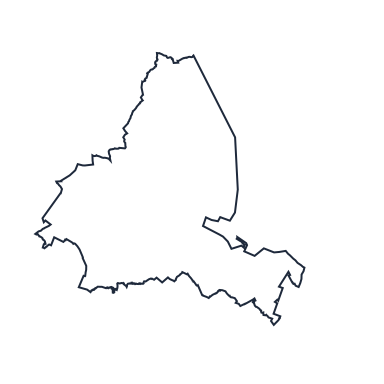 outline of Villa de Cos, Zacatecas, Mexico, rotated 290°
{"feature_id": "50627088B44812883049784", "entity_name": "Villa de Cos", "entity_type": "district", "adm_level": 2, "iso_a3": "MEX", "parent_name": "Mexico", "parent_adm1": "Zacatecas", "projection": "equal_earth", "projection_center": [-102.286, 23.528], "detail": "fine", "context": "isolated", "style": "outline", "palette": "slate", "viewbox_px": 384, "rotation_deg": 290, "n_neighbors": 0, "source": "geoboundaries", "source_scale": "gbopen_adm2", "svg_char_len": 5902}
<svg xmlns="http://www.w3.org/2000/svg" viewBox="0 0 384 384"><g transform="rotate(290 192 192)"><path d="M168.7,300.2L165.5,294.5L163.3,289.8L163.6,278.8L153.4,272.7L154.1,261.4L160.9,261.9L162.5,260.4L165.2,250.0L164.8,250.2L163.3,250.0L162.1,255.9L161.5,256.5L160.5,259.3L160.1,258.9L159.8,259.5L157.5,259.6L158.5,256.8L152.1,248.5L157.7,242.6L160.7,236.4L161.4,232.3L163.8,214.0L172.9,213.8L172.4,220.0L173.4,226.4L178.0,227.1L178.0,237.4L187.4,239.4L209.9,234.2L258.1,213.8L320.8,146.7L320.2,146.4L319.7,146.5L319.1,146.3L318.4,145.1L318.3,143.8L317.7,142.5L316.5,141.4L316.3,141.1L316.5,140.9L316.1,140.2L315.9,140.2L315.7,139.5L315.0,138.7L315.0,138.4L314.5,138.0L314.3,137.6L310.9,134.8L310.5,134.4L310.3,133.6L308.8,134.8L307.0,130.7L309.6,128.8L309.9,127.8L310.1,127.6L310.5,128.0L311.2,126.4L311.3,125.7L311.0,125.1L310.0,123.9L309.7,123.2L309.9,122.5L311.1,121.3L310.7,118.6L311.1,117.2L311.3,113.9L311.1,113.8L310.6,111.5L308.1,112.7L306.5,112.9L305.2,113.6L305.1,114.0L304.8,114.3L304.0,114.3L304.1,114.0L303.2,113.8L302.4,113.3L301.7,113.3L301.4,113.0L300.7,113.2L299.7,113.7L299.6,114.5L299.4,114.4L298.5,115.1L297.7,115.2L297.3,114.6L296.5,114.2L295.9,114.3L295.0,113.6L294.1,113.2L293.5,112.7L293.3,112.1L292.9,111.6L292.0,111.1L290.2,110.7L288.8,109.4L288.1,109.3L288.0,109.7L287.8,109.6L287.3,110.1L285.5,110.1L284.9,110.3L284.6,110.1L283.7,110.3L282.7,109.4L281.6,109.1L281.3,109.3L281.2,109.7L280.8,110.0L280.5,110.0L279.3,108.5L278.1,107.8L278.2,107.6L272.9,108.8L266.6,112.7L266.4,112.4L263.4,111.6L261.5,113.8L261.2,114.4L258.5,112.6L258.1,112.9L257.3,112.7L257.2,112.4L256.6,112.1L255.6,111.9L254.5,111.3L253.2,111.0L252.9,110.8L251.7,110.7L249.1,109.7L247.7,108.8L247.3,109.0L245.8,108.8L244.3,109.0L242.5,108.6L240.3,108.9L238.5,108.5L237.0,108.6L235.9,108.2L234.7,108.4L228.4,105.7L226.5,108.1L224.9,111.0L222.9,109.4L219.9,108.7L218.2,110.8L216.6,110.8L215.5,111.9L215.3,112.5L212.2,113.8L211.6,114.4L210.2,114.2L210.0,113.9L208.6,108.5L207.7,108.2L206.9,106.5L206.6,104.6L206.3,104.6L206.2,104.2L205.5,103.5L205.0,102.3L204.6,102.1L204.4,101.2L203.5,100.2L203.2,100.3L202.0,99.8L201.5,99.9L199.5,101.0L197.6,102.8L195.8,103.2L193.6,104.6L194.9,102.1L194.7,101.7L194.8,101.0L194.4,98.3L193.9,97.4L193.6,95.8L193.8,92.6L193.6,90.8L193.8,89.6L193.1,89.4L192.4,88.1L192.2,86.9L192.4,85.9L187.4,87.9L184.0,89.7L180.3,82.3L179.6,80.2L179.1,75.1L172.5,74.9L165.8,71.4L157.6,64.9L157.3,65.3L155.4,60.9L154.2,62.1L153.8,63.6L152.9,64.8L152.2,66.5L150.3,68.8L146.1,69.1L146.1,68.9L116.2,60.5L112.9,63.1L115.1,64.0L113.1,70.3L111.2,69.1L107.5,65.5L107.1,65.4L106.3,64.4L103.9,63.2L102.5,61.3L99.0,59.1L98.8,60.3L99.1,61.0L99.6,61.5L98.1,63.7L98.3,63.9L98.1,64.2L98.2,64.7L97.8,66.6L97.3,67.5L96.9,67.5L96.2,68.4L96.1,69.5L95.2,70.8L94.3,71.0L94.1,71.5L93.2,72.1L93.0,71.8L93.1,71.5L92.7,71.4L92.7,70.9L92.2,70.6L88.8,70.8L88.9,71.6L88.6,72.5L89.8,73.4L90.6,73.6L90.9,74.1L91.8,74.4L93.8,75.7L93.7,77.8L102.3,78.0L101.1,88.2L102.6,88.9L103.8,89.1L103.6,89.8L104.8,90.1L103.7,96.0L103.2,97.6L102.7,98.2L103.4,98.8L103.4,99.9L101.8,102.9L99.5,106.0L93.6,111.5L93.1,111.9L92.6,111.8L86.4,117.9L82.6,119.2L80.2,119.5L76.5,120.4L76.3,120.3L76.2,118.8L63.8,118.2L64.4,126.8L63.2,130.9L64.8,131.1L65.0,131.6L65.8,132.1L66.1,132.6L66.3,132.2L67.3,133.2L67.4,133.7L68.6,134.0L68.5,134.5L70.7,135.7L72.1,139.8L72.2,144.1L72.9,144.4L72.9,145.8L73.5,145.7L73.5,146.8L74.1,147.2L74.1,147.6L74.7,147.9L74.7,148.4L75.2,148.8L75.1,149.8L74.6,149.4L74.5,150.5L74.0,150.2L74.0,151.0L73.5,150.6L73.4,151.2L72.7,151.0L69.6,152.3L70.6,152.4L70.6,152.9L71.1,153.1L71.3,152.4L71.8,152.7L72.1,152.0L73.2,152.8L73.4,152.2L74.5,152.9L74.2,153.5L74.7,153.8L74.3,154.3L74.2,154.8L76.3,154.7L78.2,154.2L80.4,153.1L81.1,153.5L81.2,154.9L81.4,155.5L82.4,156.9L82.6,158.5L83.0,158.6L82.8,159.3L82.0,159.5L81.1,162.3L80.4,163.1L81.5,163.1L82.3,162.7L83.8,163.1L84.2,163.6L84.8,165.3L85.0,165.2L85.6,166.9L86.2,166.4L86.3,166.6L85.3,167.4L85.7,168.3L86.0,167.9L86.2,168.2L86.0,168.4L86.4,168.8L85.9,170.0L86.3,170.6L86.8,170.7L86.8,172.0L87.3,173.1L87.3,173.3L87.9,173.5L87.8,174.2L88.4,174.4L88.1,175.3L88.5,175.5L89.0,177.4L89.6,177.8L90.4,177.4L91.7,177.6L92.0,179.0L95.3,181.4L96.5,182.8L96.4,183.5L96.9,183.9L96.6,186.4L99.4,188.0L96.8,194.9L103.5,198.6L102.6,200.8L102.3,204.4L102.4,204.8L102.0,205.9L103.9,206.9L104.6,206.6L107.1,206.9L109.7,208.9L110.3,208.9L112.4,210.3L113.4,210.3L112.9,215.5L113.7,215.9L112.0,218.0L110.8,220.3L109.1,222.9L108.9,222.9L108.6,224.1L108.2,224.1L108.2,224.7L107.3,226.1L105.9,228.0L105.7,228.6L105.8,229.1L106.4,229.4L98.6,236.8L98.8,237.3L98.4,237.7L98.4,241.7L98.1,244.0L99.9,244.5L99.8,244.9L102.4,246.5L104.4,248.4L104.2,248.4L104.6,249.0L105.9,250.0L107.8,250.4L107.8,250.8L108.6,250.9L108.6,251.2L109.2,251.4L109.1,252.2L109.6,252.2L110.1,254.2L110.1,257.4L108.6,259.4L107.3,262.0L107.4,262.6L107.2,262.6L107.2,263.0L106.5,264.0L106.4,264.9L106.7,265.4L106.9,268.5L104.8,271.5L102.8,271.0L102.9,274.2L101.4,276.4L104.9,279.8L104.7,279.9L105.2,280.4L111.8,286.1L113.3,287.1L112.0,288.4L111.8,287.8L110.9,288.2L110.6,288.0L110.6,287.7L110.2,287.0L109.2,286.9L108.9,288.3L108.3,288.5L108.0,289.0L106.8,289.8L106.0,291.3L106.2,292.0L105.3,295.3L104.5,296.3L104.3,297.5L103.4,297.7L102.4,298.5L102.6,299.3L103.2,300.2L101.7,300.7L101.2,301.5L100.9,301.5L101.3,303.3L101.9,303.7L101.5,304.1L101.6,304.6L101.5,305.1L100.3,306.8L100.4,310.7L97.8,310.4L95.1,314.3L101.0,317.0L103.3,317.6L103.4,317.1L104.0,317.3L104.1,317.5L105.4,317.5L105.5,310.3L116.5,310.2L117.1,307.5L120.0,309.0L119.3,310.2L132.8,310.1L132.8,306.1L150.0,309.9L147.6,312.5L147.0,311.7L146.5,311.3L141.4,317.0L141.6,317.2L140.5,318.4L140.7,318.7L140.4,319.1L140.9,319.8L139.4,321.4L139.2,324.7L143.5,324.9L147.7,324.6L151.9,323.2L155.7,323.9L159.4,323.5L159.6,321.8L160.5,319.6L161.5,315.4L163.2,312.5L164.0,310.0L166.0,305.7L166.8,303.4L168.7,300.2Z" fill="none" stroke="#1e293b" stroke-width="2"/></g></svg>